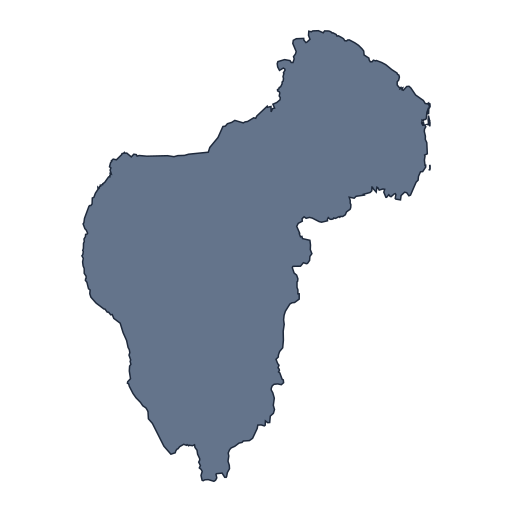 outline of Aceh Tamiang, Aceh, Indonesia
{"feature_id": "22746128B57620394058931", "entity_name": "Aceh Tamiang", "entity_type": "district", "adm_level": 2, "iso_a3": "IDN", "parent_name": "Indonesia", "parent_adm1": "Aceh", "projection": "natural_earth1", "projection_center": [98.154, 4.204], "detail": "fine", "context": "isolated", "style": "filled", "palette": "slate", "viewbox_px": 512, "rotation_deg": 0, "n_neighbors": 0, "source": "geoboundaries", "source_scale": "gbopen_adm2", "svg_char_len": 5987}
<svg xmlns="http://www.w3.org/2000/svg" viewBox="0 0 512 512"><path d="M408.9,195.8L410.5,195.1L416.1,182.2L418.1,180.2L418.5,176.3L420.5,171.8L422.7,171.6L425.7,167.1L425.7,165.2L425.0,165.3L424.4,160.1L425.0,156.3L424.6,155.1L427.3,153.8L426.8,142.7L425.3,139.4L425.4,136.2L424.3,131.5L424.5,129.1L425.8,126.8L424.9,125.1L422.8,125.3L421.7,123.2L422.6,122.9L421.9,122.4L422.1,120.0L423.4,120.7L423.8,119.6L425.7,119.4L426.3,118.3L426.9,112.3L427.9,109.6L428.4,112.0L428.0,112.6L428.4,112.6L427.9,113.7L428.6,113.5L428.8,108.9L430.1,106.6L429.8,105.7L429.8,106.8L429.0,107.6L429.5,106.6L429.0,105.3L429.5,104.6L427.6,103.9L428.4,103.2L428.4,103.7L429.5,104.0L430.1,105.9L429.9,103.8L428.4,103.1L427.2,103.8L425.2,103.5L423.4,100.5L415.6,95.0L410.9,88.0L409.0,86.3L406.7,86.5L403.3,90.3L402.0,89.8L402.7,87.8L400.2,88.8L400.8,87.5L399.4,87.7L397.2,85.0L397.2,81.8L398.7,80.1L399.4,77.1L398.9,75.1L397.5,74.3L397.0,73.0L391.9,69.7L385.8,64.7L381.7,62.5L376.4,60.5L375.7,60.9L373.4,60.2L372.0,61.8L370.3,61.8L369.2,60.0L368.9,58.1L364.1,55.0L363.7,51.0L362.1,48.9L358.5,45.3L354.8,42.8L349.3,39.9L347.6,40.0L346.7,40.9L344.7,40.7L343.6,38.8L341.6,37.5L338.4,35.8L337.0,36.1L336.2,34.5L332.9,32.8L332.1,33.0L330.9,31.8L328.8,31.0L324.6,30.9L323.2,32.8L318.4,30.7L312.8,30.9L311.3,31.8L308.8,31.2L308.5,35.3L310.0,39.3L306.7,42.3L305.9,42.6L303.9,40.2L303.7,38.4L296.3,38.7L293.3,40.3L292.8,43.5L296.2,51.6L295.4,54.1L293.5,56.6L294.2,58.9L293.0,62.5L291.2,62.5L290.0,60.6L284.6,59.6L277.9,61.6L277.2,63.7L277.7,67.0L279.5,70.4L283.3,68.1L284.8,69.0L285.0,70.2L283.4,72.8L283.9,73.6L283.0,76.6L283.5,78.5L283.1,81.1L282.1,82.0L282.1,83.8L280.6,86.8L279.2,87.5L278.9,88.8L277.5,89.6L277.6,90.9L279.3,91.8L279.8,93.0L279.2,96.0L280.3,97.7L280.0,99.8L276.8,102.5L272.9,104.2L274.6,108.1L272.6,108.6L271.1,111.9L271.0,106.5L267.5,107.3L267.2,106.2L256.8,116.0L255.7,118.3L253.7,117.8L247.6,121.5L245.0,121.9L243.3,122.9L234.8,120.4L231.7,122.4L227.4,123.7L225.4,126.1L222.9,126.5L218.0,137.5L209.8,147.4L208.3,152.2L188.6,154.2L184.5,155.4L177.8,155.6L174.0,156.7L167.5,155.7L146.8,156.2L139.2,155.5L137.1,156.1L136.3,154.6L133.8,154.2L131.3,156.9L126.8,153.1L124.9,153.2L124.4,152.4L123.5,153.3L122.0,153.6L121.6,154.7L116.4,159.8L113.2,159.1L111.4,160.8L111.7,161.2L110.5,162.9L109.5,166.8L110.9,167.9L110.1,170.1L111.3,174.0L110.1,173.5L110.4,175.0L109.8,175.5L109.9,176.8L108.6,176.9L104.7,182.4L102.7,183.8L102.7,184.6L100.3,185.2L100.6,186.2L99.4,186.6L99.3,188.0L98.7,188.6L97.9,187.6L98.0,189.3L95.4,193.2L93.9,197.3L92.3,198.0L92.1,203.9L90.9,205.5L89.5,205.6L88.9,206.4L84.5,218.3L83.9,222.7L83.1,223.9L84.9,228.7L86.3,230.2L87.6,233.2L86.9,234.2L85.6,234.4L85.4,236.7L84.0,239.0L84.3,241.7L83.5,243.2L83.4,248.4L82.7,250.5L83.3,251.5L82.8,254.6L81.9,255.8L83.3,258.4L82.6,261.8L83.1,265.9L84.2,268.5L84.2,273.3L86.1,276.2L86.1,278.3L85.6,278.8L85.4,280.4L86.9,282.2L88.5,288.7L90.1,290.0L89.8,293.8L90.9,297.2L96.1,303.1L103.9,309.0L105.0,309.1L107.2,312.1L108.6,312.2L110.7,314.8L112.2,314.5L113.8,318.4L120.2,323.2L123.1,332.7L126.6,340.5L128.1,347.5L129.3,349.7L129.8,352.7L129.0,355.1L130.7,360.0L130.1,361.3L130.9,364.3L129.6,366.1L129.3,371.0L130.5,378.7L127.7,381.7L127.4,383.2L128.7,383.9L129.3,386.3L133.0,393.5L136.0,397.8L140.4,402.3L142.8,405.8L145.8,407.8L147.1,409.8L148.0,411.7L148.4,418.8L152.4,423.4L163.9,446.2L170.9,454.2L175.2,452.8L175.9,450.6L177.3,448.9L178.0,448.8L179.6,446.7L183.7,444.3L186.5,445.3L187.1,444.6L188.7,445.8L189.2,445.2L192.5,445.7L194.5,444.8L195.0,447.5L197.0,450.2L197.6,454.2L199.7,458.7L199.7,460.1L198.7,462.1L200.4,465.6L199.3,467.9L201.1,469.4L202.2,471.4L201.0,475.4L202.1,480.3L203.2,480.7L204.8,479.8L208.3,479.6L213.9,481.3L215.5,480.3L216.8,477.9L216.0,474.4L216.4,473.7L222.1,473.1L224.7,477.3L226.2,477.3L226.6,476.6L227.4,472.5L229.5,468.7L229.3,465.3L228.0,461.2L228.8,456.0L228.2,453.0L229.6,449.7L231.2,447.9L234.8,446.3L239.0,443.1L242.1,442.4L243.3,441.0L249.4,440.6L252.6,438.3L257.2,428.5L257.8,425.1L261.2,424.9L264.3,425.9L265.2,425.2L265.4,420.9L267.7,422.7L269.7,422.5L270.3,416.1L273.4,413.3L274.5,409.5L273.3,405.3L274.3,398.2L272.8,392.8L271.2,389.9L271.3,388.2L272.2,385.9L274.0,384.3L277.7,383.9L281.3,384.7L283.6,382.7L283.3,379.9L282.1,379.2L279.8,372.9L278.5,371.9L279.4,370.5L279.2,369.2L278.0,367.8L279.0,365.2L277.7,363.6L276.0,359.3L278.3,357.0L278.4,355.0L279.6,351.5L282.7,347.8L283.4,340.2L283.2,331.2L284.2,324.4L283.6,319.8L284.1,315.2L285.4,311.2L289.8,304.1L291.9,302.8L294.6,302.5L299.2,299.1L299.2,293.8L297.9,293.8L297.9,289.8L297.0,287.4L297.0,281.9L297.6,281.3L297.9,278.8L296.6,275.1L294.1,273.0L292.3,267.7L292.8,266.5L293.7,266.3L300.5,266.2L303.4,262.7L306.4,263.7L307.5,263.4L309.6,260.4L309.9,256.4L311.9,253.7L310.3,249.6L310.5,245.0L309.9,240.3L302.5,238.6L301.9,236.4L300.5,236.8L299.3,233.7L299.7,233.3L296.7,226.3L298.3,223.3L302.3,221.2L302.1,218.7L304.1,216.8L306.1,218.3L309.5,217.4L312.3,218.1L319.1,221.6L321.5,222.2L327.5,220.8L327.4,219.3L328.3,217.6L329.9,219.1L331.0,219.4L333.0,219.0L333.7,218.0L335.5,218.4L339.1,216.6L339.8,217.3L340.6,216.4L342.7,216.5L345.3,214.8L346.5,211.9L350.1,209.3L350.7,207.7L350.9,204.7L350.2,203.1L350.2,200.4L349.2,197.2L354.2,198.2L356.1,196.3L364.2,195.1L363.5,194.3L370.1,192.5L371.8,190.8L371.9,187.1L372.5,187.2L373.1,188.6L376.2,192.1L376.9,187.2L377.8,187.7L379.2,190.1L382.9,189.0L384.7,189.3L383.8,192.2L385.9,197.3L386.6,197.3L388.8,194.7L390.1,196.4L391.1,196.7L394.3,193.9L395.3,193.6L395.9,194.7L395.2,198.4L395.8,199.1L400.5,199.9L401.1,195.5L404.6,192.2L406.7,192.7L408.9,195.8ZM430.0,122.7L428.5,115.6L428.1,119.7L428.9,120.1L428.2,120.3L428.4,122.5L428.9,122.5L429.0,121.4L429.4,123.4L428.7,123.2L429.1,124.3L428.7,124.6L428.1,124.1L427.1,124.4L429.4,125.0L429.9,126.3L430.0,122.7ZM422.8,124.8L423.8,124.0L423.5,122.5L422.8,122.7L422.4,123.6L422.8,124.8ZM429.8,169.8L430.1,168.7L430.1,166.4L430.1,165.8L429.7,164.9L429.9,168.5L429.5,169.7L428.6,169.9L429.8,169.8Z" fill="#64748b" stroke="#1e293b" stroke-width="1.5"/></svg>